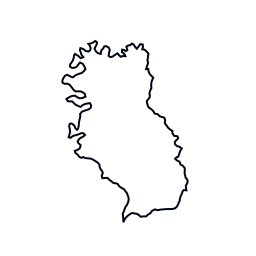 outline of São Domingos, Santa Catarina, Brazil, rotated 137°
{"feature_id": "56859067B49877438071993", "entity_name": "São Domingos", "entity_type": "district", "adm_level": 2, "iso_a3": "BRA", "parent_name": "Brazil", "parent_adm1": "Santa Catarina", "projection": "albers", "projection_center": [-52.555, -26.54], "detail": "fine", "context": "isolated", "style": "outline", "palette": "ink", "viewbox_px": 256, "rotation_deg": 137, "n_neighbors": 0, "source": "geoboundaries", "source_scale": "gbopen_adm2", "svg_char_len": 3601}
<svg xmlns="http://www.w3.org/2000/svg" viewBox="0 0 256 256"><g transform="rotate(137 128 128)"><path d="M148.6,37.3L146.6,37.1L144.4,37.6L142.5,38.5L139.7,39.6L138.3,40.9L135.8,42.3L133.3,43.3L131.3,44.4L129.6,44.6L127.8,42.6L126.5,44.6L125.0,46.5L122.5,47.1L120.9,48.2L119.8,50.1L119.8,52.3L118.8,53.8L117.6,56.2L115.7,58.0L113.8,60.0L113.7,63.2L114.5,65.5L113.3,68.2L114.3,70.9L114.5,73.4L112.6,73.4L110.6,72.8L108.1,74.2L105.6,75.6L102.6,76.3L103.1,78.8L104.4,81.4L104.8,83.8L103.5,85.7L101.7,86.2L99.7,86.0L98.1,86.5L97.5,88.3L99.6,90.8L99.1,93.9L97.5,95.6L98.1,97.4L98.5,100.6L98.1,103.7L97.9,106.2L95.4,108.5L94.4,110.9L95.8,113.1L96.8,115.0L96.9,117.9L98.7,120.5L98.0,122.9L98.1,125.9L98.8,128.7L98.3,130.8L97.2,132.9L95.8,134.9L93.8,135.2L91.7,135.5L90.0,136.6L88.8,138.6L86.6,140.1L83.7,141.2L82.5,142.8L80.7,144.6L79.2,145.8L77.3,146.7L75.2,147.6L75.3,149.8L75.3,152.3L74.6,155.0L72.9,157.3L74.6,158.7L68.8,162.0L67.7,164.2L65.9,165.5L63.9,167.3L62.3,168.4L62.2,170.4L62.3,172.4L62.6,174.3L63.9,175.8L61.9,177.0L60.3,178.9L61.8,181.0L64.5,180.4L67.5,180.0L67.5,182.5L66.9,185.0L67.6,187.1L69.7,187.0L71.5,188.2L73.7,188.6L75.4,185.4L77.2,185.8L77.7,187.7L78.8,189.3L80.7,187.7L80.1,184.9L80.9,182.3L83.0,184.4L84.7,185.0L84.9,186.9L84.8,189.8L87.8,190.4L90.5,190.7L92.5,191.8L93.0,194.0L91.2,195.5L89.7,196.5L88.1,197.5L87.2,199.9L88.3,203.1L90.0,203.8L91.9,203.1L94.6,202.9L96.0,202.0L97.3,200.8L99.0,203.2L99.2,206.2L98.2,209.0L95.6,209.9L93.9,210.5L92.2,211.8L92.7,214.0L95.6,214.4L97.5,215.2L99.6,216.5L99.9,213.7L100.9,212.0L102.4,210.7L104.7,210.9L106.4,213.0L106.8,216.0L108.3,218.9L110.0,217.9L111.0,215.4L112.1,213.2L112.3,210.3L115.0,211.3L115.2,214.7L116.2,218.3L118.2,217.8L119.7,216.4L122.0,215.1L124.6,214.4L126.6,214.0L128.6,212.6L128.0,210.1L125.8,208.4L123.7,207.8L121.3,208.3L118.4,208.6L117.3,205.8L117.9,202.8L118.9,200.1L121.4,199.7L124.4,199.8L127.7,201.4L130.1,202.3L131.9,202.5L133.7,202.6L134.7,204.3L135.5,206.4L136.2,208.4L138.4,209.2L141.3,208.5L143.5,207.5L145.0,205.9L144.2,203.5L142.2,201.9L141.2,199.5L141.5,195.6L141.8,192.8L141.4,190.5L139.1,188.5L137.6,187.0L136.8,185.2L136.3,182.5L137.7,179.9L141.0,181.1L143.1,182.7L144.2,185.2L144.5,187.4L146.2,189.0L148.4,190.2L150.5,190.7L153.2,191.2L153.8,188.8L152.5,187.3L150.7,185.5L150.6,183.5L150.4,180.7L149.4,178.1L148.4,175.8L145.7,175.7L142.7,174.7L138.9,172.2L139.5,169.8L141.2,168.3L143.7,168.3L146.0,169.3L148.4,170.5L150.8,171.4L153.3,171.0L155.3,168.8L158.0,167.0L160.0,165.6L162.0,163.7L164.5,161.8L166.5,161.4L166.8,163.4L165.9,165.4L165.6,167.3L166.2,169.8L167.7,170.8L169.8,169.5L171.5,166.7L173.2,164.4L175.4,163.1L177.7,161.6L176.6,159.9L174.8,159.9L172.8,159.3L170.7,158.1L168.7,157.2L165.6,156.0L164.1,154.5L164.2,152.2L166.9,152.3L169.3,153.1L171.4,153.2L173.9,152.6L174.6,150.7L174.4,147.6L176.8,146.1L180.0,146.4L182.4,147.6L183.4,145.9L183.0,142.4L183.3,140.3L182.5,138.0L180.5,137.2L179.9,135.3L178.1,133.3L176.2,131.1L175.1,128.7L174.6,126.6L173.8,123.8L173.8,120.9L175.4,118.7L176.2,116.1L176.3,114.0L177.2,112.2L179.7,111.1L181.0,108.8L179.0,107.2L177.0,105.5L177.0,103.2L176.5,100.3L176.1,97.5L174.7,96.0L173.7,94.2L174.1,91.7L173.7,88.9L172.7,86.0L173.0,83.1L173.2,81.2L174.0,79.3L174.9,77.1L176.5,75.0L178.8,73.5L181.4,72.4L183.6,72.1L185.8,71.0L188.4,69.6L190.2,69.0L191.3,67.4L192.5,66.1L193.6,64.6L195.7,62.2L191.6,63.8L188.5,64.0L185.2,63.7L182.9,63.0L181.5,61.0L179.8,58.9L179.1,54.2L177.3,53.1L175.0,51.0L172.1,51.0L170.0,50.4L167.0,51.0L163.9,50.2L162.3,47.6L159.5,45.9L154.5,41.9L152.1,39.6L150.1,38.1L148.6,37.3Z" fill="none" stroke="#020617" stroke-width="2"/></g></svg>